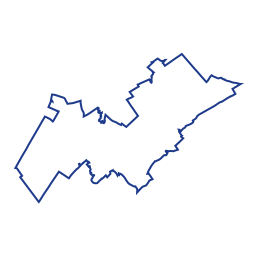 Targu Secuiesc, Covasna, Romania (orthographic projection)
{"feature_id": "2599482B4522820448133", "entity_name": "Targu Secuiesc", "entity_type": "district", "adm_level": 2, "iso_a3": "ROU", "parent_name": "Romania", "parent_adm1": "Covasna", "projection": "orthographic", "projection_center": [26.171, 46.007], "detail": "fine", "context": "isolated", "style": "outline", "palette": "blue", "viewbox_px": 256, "rotation_deg": 0, "n_neighbors": 0, "source": "geoboundaries", "source_scale": "gbopen_adm2", "svg_char_len": 5613}
<svg xmlns="http://www.w3.org/2000/svg" viewBox="0 0 256 256"><path d="M149.0,174.1L148.8,173.6L147.4,173.8L148.3,171.3L148.8,170.4L151.3,166.0L152.4,164.4L154.9,161.4L155.0,161.5L159.3,159.6L161.3,158.0L163.0,156.2L164.2,155.2L165.2,155.1L166.3,155.1L167.4,153.0L167.1,152.9L166.2,151.9L165.8,151.5L165.9,150.9L167.0,150.9L168.9,151.2L170.4,151.0L173.4,151.2L174.8,150.7L177.9,149.7L177.6,149.2L175.3,145.8L180.6,140.9L183.2,138.3L181.1,136.7L181.5,136.1L181.9,135.7L181.7,135.6L181.3,135.1L179.1,131.8L179.0,131.3L179.2,130.0L179.2,129.8L179.1,129.7L179.3,129.7L180.5,130.5L181.0,131.1L181.8,130.0L183.2,128.6L184.8,127.7L185.3,127.1L185.5,126.8L185.6,126.2L185.9,125.9L189.4,124.6L190.7,124.0L192.0,123.2L192.6,122.6L193.0,122.4L193.2,121.9L193.2,121.7L193.3,121.6L192.8,120.5L194.7,119.3L196.1,118.2L196.4,117.7L197.1,116.3L197.3,116.0L197.8,115.6L198.5,115.1L198.7,114.8L214.7,105.8L219.2,102.7L220.6,102.0L221.4,101.8L221.8,101.8L222.1,101.6L225.6,99.3L229.5,96.9L229.5,97.0L232.9,95.4L235.4,93.9L232.5,88.9L240.6,84.0L240.1,84.0L235.9,82.9L233.0,82.6L229.7,81.4L227.8,81.0L226.1,80.5L223.5,79.3L223.7,79.2L223.1,79.0L222.4,78.7L221.5,77.9L221.0,77.8L220.0,77.9L219.0,78.3L218.3,78.4L217.7,78.2L213.5,76.5L212.8,76.1L211.6,75.3L210.8,76.1L210.2,76.8L207.9,80.5L207.3,81.3L206.4,82.1L203.4,78.7L200.8,75.8L197.9,72.4L194.7,68.9L181.8,54.0L178.5,56.4L175.7,58.2L164.9,65.8L163.3,63.5L162.7,62.9L163.6,61.9L165.4,59.9L165.0,59.9L164.3,60.5L163.1,61.0L161.7,61.0L160.2,60.5L158.8,59.3L158.2,58.9L157.6,58.9L157.4,58.7L152.7,62.0L151.5,62.2L151.5,62.3L151.9,62.5L152.7,62.7L147.7,67.3L149.5,68.9L153.7,72.4L152.8,72.9L152.8,73.1L153.1,73.7L152.9,74.3L152.7,74.6L152.4,74.9L152.2,75.3L151.7,75.5L151.4,76.3L151.4,76.6L151.7,77.1L151.8,77.6L151.4,79.2L151.7,81.3L151.7,81.5L151.5,81.9L151.6,82.5L151.4,82.7L150.9,82.4L150.5,81.9L150.4,81.6L150.4,81.4L150.1,80.7L149.3,79.4L137.7,84.6L138.7,86.5L129.7,91.9L130.4,92.9L133.1,96.5L130.9,97.8L128.7,98.6L126.8,99.7L128.0,101.3L131.1,106.1L132.6,108.1L135.3,112.1L138.0,115.9L126.3,126.9L123.7,125.1L121.8,123.6L121.0,125.0L118.7,123.9L116.1,122.3L113.2,121.2L112.1,120.6L110.6,119.5L105.5,114.8L105.3,115.7L104.9,117.6L104.5,119.5L104.5,119.8L104.7,120.1L104.9,120.8L104.8,121.3L104.6,121.3L104.4,121.7L104.5,122.2L104.3,122.4L104.0,122.6L104.1,122.9L103.9,123.1L103.6,123.1L103.1,122.8L102.7,122.3L102.7,121.7L102.7,121.3L102.7,121.1L102.4,121.0L102.1,121.2L102.1,121.3L102.5,121.7L102.5,121.9L102.4,122.0L102.2,122.3L101.7,122.8L101.2,122.8L101.2,122.7L101.1,122.4L101.1,122.0L101.2,121.7L101.2,121.4L100.5,121.6L99.9,121.3L99.2,121.1L99.0,120.9L98.9,120.4L99.2,119.6L99.6,119.4L100.1,118.8L100.6,118.5L100.7,118.3L100.5,117.6L100.5,117.3L100.6,117.0L101.1,116.7L100.7,116.1L100.5,115.4L100.7,115.1L101.1,115.0L101.1,114.9L100.9,114.6L101.0,113.6L101.5,113.1L101.9,112.9L101.9,112.7L101.2,113.2L100.6,112.9L100.4,113.0L100.2,113.1L99.9,113.2L99.5,113.0L98.8,112.8L98.5,112.6L98.2,112.1L98.5,111.8L99.2,111.5L99.4,111.3L99.4,111.0L99.7,110.9L99.7,110.7L99.0,110.5L98.5,110.4L98.1,110.2L97.9,109.6L98.1,109.3L98.2,109.0L98.5,108.8L98.7,108.2L98.3,107.9L97.8,107.6L88.7,113.8L87.1,114.7L86.8,115.0L86.7,115.0L83.7,116.5L83.8,115.5L83.8,114.2L83.7,113.0L83.3,111.9L82.6,110.8L82.2,110.0L81.8,109.2L81.7,108.6L81.0,105.3L80.6,102.5L80.5,101.8L80.6,100.8L73.0,103.1L67.5,103.8L66.0,101.0L64.9,98.7L64.5,98.3L64.0,97.9L62.4,97.3L55.3,95.0L53.9,94.7L52.1,94.5L50.9,100.2L51.4,100.5L52.0,100.6L52.3,101.0L52.4,101.4L52.1,101.2L51.6,101.3L51.2,101.1L50.9,101.3L48.5,107.1L52.9,109.0L53.3,109.2L53.5,109.4L54.6,109.7L55.1,110.0L56.0,110.4L56.3,110.6L56.6,110.9L56.8,110.9L57.1,110.8L58.0,111.4L58.6,111.3L58.7,111.5L53.2,121.1L52.8,121.5L50.5,119.4L49.9,119.0L46.6,117.3L44.9,116.6L44.8,116.8L41.5,122.4L39.2,126.5L27.8,146.1L27.7,146.3L27.7,146.5L26.5,148.7L22.9,154.7L15.4,168.0L16.6,168.2L17.1,168.6L22.1,175.8L20.2,177.2L38.8,202.0L39.2,201.5L44.1,193.7L48.7,187.0L51.2,183.0L51.3,182.9L58.9,171.7L63.4,174.6L68.9,178.3L71.1,175.2L73.1,172.9L76.5,169.3L76.6,169.2L77.7,168.5L79.9,166.2L79.7,166.0L79.4,165.3L79.0,164.0L79.5,163.8L80.2,165.6L83.3,162.9L83.2,162.8L85.5,161.0L86.3,160.2L87.1,161.1L87.6,161.4L88.5,161.7L88.9,162.0L89.3,162.7L88.7,162.9L87.5,163.4L87.5,164.2L86.9,164.6L87.1,164.8L87.7,165.4L88.7,166.8L89.7,166.1L89.8,166.3L89.9,166.7L89.9,167.4L90.2,168.6L90.6,169.2L90.6,169.5L90.3,170.4L90.0,170.8L90.0,171.0L90.2,171.3L90.2,172.0L90.3,172.2L90.8,172.5L91.1,172.8L90.8,172.9L90.4,173.2L90.4,173.4L90.7,173.9L91.7,174.8L92.1,175.1L92.7,175.2L93.9,175.0L94.1,175.1L94.1,175.4L93.9,175.7L93.2,175.9L93.0,176.1L92.8,176.4L92.9,177.0L92.8,177.4L92.4,177.8L92.1,178.3L91.5,179.6L91.4,180.3L91.5,180.6L91.9,181.2L92.3,181.7L93.4,182.8L93.6,182.9L93.9,183.0L95.8,183.3L97.2,183.1L101.4,178.9L101.5,179.1L103.3,177.8L105.8,175.3L106.4,176.2L107.2,177.3L110.4,173.8L110.3,172.9L110.2,172.1L110.1,171.6L112.7,170.2L112.7,170.4L113.3,171.2L114.1,171.2L114.5,171.4L115.5,172.4L115.9,172.9L116.2,173.3L116.5,173.7L116.8,174.3L117.0,174.5L117.2,174.9L117.3,175.1L117.4,174.7L117.5,174.6L117.9,174.6L118.0,174.8L118.4,175.2L118.9,175.1L119.1,175.2L119.3,174.9L118.8,174.0L118.9,173.6L118.9,173.4L119.2,173.6L119.9,173.8L120.4,173.8L121.7,174.5L122.2,174.9L122.7,175.6L123.2,176.0L123.8,176.7L124.6,177.6L125.2,178.5L125.7,179.5L126.1,180.1L127.4,181.9L128.1,182.9L129.0,183.7L129.6,184.2L129.8,184.2L131.6,185.2L133.5,186.2L134.7,186.6L135.2,186.3L135.3,186.3L137.3,189.1L137.1,192.5L140.4,188.9L142.4,186.9L143.1,186.5L145.9,185.5L146.5,184.9L148.4,182.3L149.3,180.6L149.9,180.3L152.5,179.2L150.9,176.7L149.0,174.1Z" fill="none" stroke="#1e3a8a" stroke-width="2"/></svg>